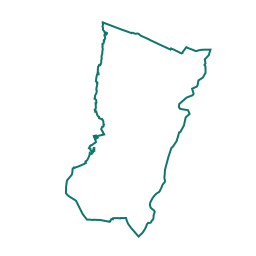 the district of Maracineni, Arges, Romania, rotated 18°
{"feature_id": "2599482B86906431324144", "entity_name": "Maracineni", "entity_type": "district", "adm_level": 2, "iso_a3": "ROU", "parent_name": "Romania", "parent_adm1": "Arges", "projection": "albers", "projection_center": [24.868, 44.908], "detail": "fine", "context": "isolated", "style": "outline", "palette": "teal", "viewbox_px": 256, "rotation_deg": 18, "n_neighbors": 0, "source": "geoboundaries", "source_scale": "gbopen_adm2", "svg_char_len": 5321}
<svg xmlns="http://www.w3.org/2000/svg" viewBox="0 0 256 256"><g transform="rotate(18 128 128)"><path d="M182.2,28.0L178.8,29.1L174.8,30.5L173.2,31.2L171.5,32.1L170.2,33.0L169.3,33.7L168.4,33.9L164.3,33.6L160.1,33.4L158.5,33.1L158.2,33.7L158.0,34.7L157.6,35.9L157.1,37.2L156.7,38.5L156.6,39.0L156.6,39.6L156.6,40.2L156.8,40.7L156.7,40.6L156.3,40.5L155.9,40.5L154.2,40.3L152.0,40.0L151.4,39.9L149.8,39.7L147.8,39.4L144.4,39.0L144.2,40.3L142.6,40.1L141.1,39.9L130.1,38.6L129.6,38.5L128.8,38.4L123.1,37.7L122.2,37.6L121.4,37.5L121.0,37.3L111.3,36.2L109.4,35.3L108.5,35.2L107.8,35.2L107.2,35.5L106.4,35.9L105.9,36.1L105.2,36.1L104.6,36.1L103.6,36.0L102.9,36.0L102.4,36.2L102.3,36.4L102.1,36.7L97.5,36.5L93.2,36.4L91.8,36.4L78.0,35.7L71.3,35.4L71.5,36.1L71.8,36.4L72.3,37.0L72.3,37.4L72.3,38.4L72.4,39.2L72.4,39.5L72.7,39.7L72.9,39.9L73.5,40.9L73.8,42.2L74.5,42.9L75.0,43.0L75.6,43.4L75.8,43.5L76.3,44.5L76.5,44.6L77.3,44.1L77.9,44.0L78.6,44.1L78.8,44.5L78.7,45.2L78.4,46.0L77.3,46.1L77.0,46.2L76.8,46.4L76.8,46.7L77.1,47.2L77.1,47.6L77.9,48.3L78.3,49.2L78.6,50.2L78.5,50.7L78.2,51.3L77.8,51.8L77.9,52.4L78.5,52.5L78.6,52.8L78.4,52.9L78.5,53.1L78.5,53.5L78.4,54.2L78.5,54.8L78.6,55.3L78.3,55.6L78.0,55.7L77.7,56.0L77.8,56.3L78.0,57.0L78.4,57.6L78.7,58.2L78.6,58.8L78.7,59.1L79.3,60.0L79.6,60.7L79.7,61.3L79.8,62.0L80.0,63.3L80.3,64.6L80.6,65.1L80.6,65.6L80.7,66.1L80.6,66.8L80.6,67.5L80.9,68.8L81.1,69.1L81.3,69.4L81.6,70.1L81.6,71.7L82.2,73.5L82.3,74.1L82.3,74.9L82.4,75.6L82.2,76.7L81.2,76.7L81.0,77.2L81.1,77.8L80.9,78.7L80.6,79.0L80.8,79.6L81.2,81.6L81.8,83.4L82.0,84.6L82.7,84.6L83.4,86.0L82.1,86.4L82.1,87.2L82.2,88.9L82.9,93.0L83.0,93.3L84.0,93.8L84.3,94.5L84.9,94.4L85.1,95.2L84.9,95.5L85.3,95.9L85.4,96.6L85.4,97.1L85.7,100.2L86.0,100.7L86.0,101.3L86.2,101.6L86.4,101.9L86.7,102.1L87.0,103.0L87.0,103.3L87.0,103.6L87.1,104.4L87.2,104.8L87.1,105.1L87.0,105.5L86.8,106.3L86.7,107.4L86.9,108.1L87.1,108.5L87.0,108.9L87.1,110.4L87.7,110.4L88.1,110.9L89.0,111.1L89.4,112.0L89.7,112.7L89.8,112.9L89.9,113.1L90.1,113.5L90.1,114.2L89.5,114.4L90.0,115.5L90.2,116.0L90.3,116.5L90.6,117.1L91.0,118.1L91.2,118.8L91.3,119.6L91.2,120.0L90.8,120.6L90.7,121.0L90.9,121.3L91.8,122.7L92.1,122.5L92.5,122.3L92.7,122.1L93.2,122.8L93.6,123.5L94.3,124.5L94.9,125.3L95.3,125.7L96.4,126.3L96.9,126.3L97.5,127.6L97.9,127.6L98.0,127.4L98.7,127.6L99.6,127.7L99.8,127.8L100.2,127.9L100.6,127.5L100.9,127.8L101.2,128.1L101.7,128.3L102.2,128.9L102.8,130.0L102.8,130.3L103.0,130.8L103.3,131.3L103.5,131.7L103.7,132.0L103.7,132.3L104.0,132.3L104.0,132.7L104.0,133.1L104.2,133.8L104.0,134.3L103.9,134.5L103.5,134.6L103.1,134.8L103.0,135.4L103.0,136.0L102.9,136.7L102.8,137.2L102.9,137.3L103.2,137.7L103.5,137.9L103.8,138.3L104.1,138.6L104.5,139.0L105.0,139.3L105.5,139.6L105.6,140.0L106.1,140.6L107.2,141.2L107.4,141.5L106.6,142.0L105.9,142.4L103.1,144.1L102.1,144.7L101.0,145.4L101.4,145.8L101.8,146.2L102.2,146.5L101.1,147.7L100.2,146.1L100.1,145.9L100.0,145.7L99.7,145.1L97.9,146.2L98.3,146.8L99.1,147.6L99.9,148.6L101.1,150.1L101.4,150.5L101.9,151.1L101.6,151.7L101.3,152.2L101.1,152.5L100.4,153.2L99.5,154.6L99.1,155.2L98.2,155.7L97.9,156.5L97.6,157.4L97.4,157.3L97.1,159.3L98.9,159.6L99.0,159.9L99.1,160.3L99.5,160.8L100.1,161.4L100.5,161.8L100.8,161.8L101.0,161.8L101.4,161.3L101.7,159.7L101.6,157.9L101.6,157.6L102.2,157.5L103.0,160.2L102.6,160.3L102.2,160.5L102.2,161.1L102.1,161.9L102.0,162.7L101.8,163.0L101.6,163.6L101.1,164.0L100.5,164.1L99.4,163.7L99.8,165.4L99.5,169.2L99.4,169.6L99.3,170.1L99.3,170.6L99.2,170.9L99.1,171.2L98.8,171.8L98.4,172.4L97.9,172.9L97.9,173.4L98.0,173.5L98.8,174.1L98.0,175.0L97.3,175.9L97.0,176.1L95.3,177.6L93.4,179.3L92.6,180.0L92.4,180.1L91.2,181.1L90.1,181.9L88.9,182.3L89.1,182.7L88.1,183.5L87.9,183.6L88.4,185.9L88.7,187.0L88.9,188.1L89.0,189.7L86.2,196.8L87.2,202.6L89.1,209.2L92.0,210.9L101.0,213.2L111.4,223.8L117.2,227.8L120.5,226.8L123.0,226.4L123.1,226.1L123.9,225.8L127.5,224.8L129.4,224.2L130.6,224.0L139.3,222.9L139.3,222.4L139.9,222.3L140.3,219.8L141.9,219.4L141.7,218.4L142.2,218.2L144.5,217.4L146.7,216.7L147.2,216.7L147.3,216.7L148.2,216.4L148.7,216.3L148.7,215.9L151.3,215.2L151.5,215.1L153.9,214.2L155.4,216.4L156.2,217.4L157.4,218.8L158.9,220.0L160.4,221.1L162.4,222.5L163.9,223.3L171.6,228.0L174.2,223.1L175.3,219.1L175.7,216.1L175.8,213.5L176.1,212.9L176.6,211.9L177.4,211.7L178.2,211.4L178.7,211.1L179.0,210.7L179.1,210.2L179.2,209.2L179.2,208.5L179.8,208.0L180.1,207.2L180.1,206.4L180.0,205.6L179.8,204.7L179.5,203.8L179.4,203.5L179.3,202.2L179.3,201.2L179.3,199.9L179.3,199.3L178.9,199.0L178.1,198.3L177.2,198.0L176.1,197.6L175.3,197.3L174.4,196.8L173.8,196.3L173.3,195.4L172.7,194.6L172.4,193.8L172.3,193.0L172.3,191.1L172.5,189.9L172.7,189.2L172.9,187.8L173.4,186.0L174.0,184.3L174.5,183.1L175.1,182.0L176.1,180.6L177.1,179.6L177.7,178.2L177.8,177.2L178.0,176.0L178.2,174.6L178.3,173.5L178.4,171.8L178.5,171.0L179.1,169.5L179.7,168.1L179.5,166.7L178.3,164.8L177.7,163.3L177.3,161.0L176.1,156.5L175.4,143.5L175.4,133.8L176.5,131.7L178.3,125.4L178.0,116.3L179.0,115.7L180.4,108.4L179.6,100.2L182.2,95.5L179.6,92.5L171.7,93.7L170.0,92.5L169.3,89.3L174.4,80.9L177.1,78.7L179.3,76.9L179.8,75.1L176.8,70.8L180.5,67.5L181.0,66.1L180.3,61.0L183.6,56.9L184.7,51.5L182.6,45.4L181.2,44.4L181.7,42.6L179.8,38.9L182.3,33.9L182.2,28.0Z" fill="none" stroke="#0f766e" stroke-width="2"/></g></svg>